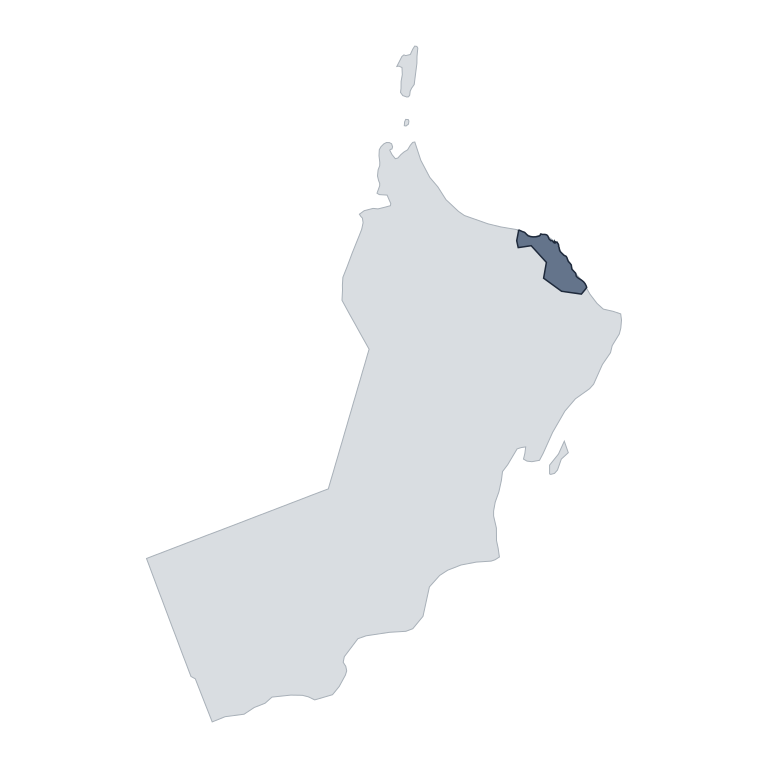 Muscat on a map of Oman (Robinson projection)
{"feature_id": "OMN-2426", "entity_name": "Muscat", "entity_type": "Province", "adm_level": 1, "iso_a3": "OMN", "parent_name": "Oman", "parent_adm1": "", "projection": "robinson", "projection_center": [58.687, 23.254], "detail": "fine", "context": "in_parent", "style": "filled", "palette": "slate", "viewbox_px": 768, "rotation_deg": 0, "n_neighbors": 0, "source": "natural_earth", "source_scale": "10m", "svg_char_len": 4060}
<svg xmlns="http://www.w3.org/2000/svg" viewBox="0 0 768 768"><path d="M212.2,721.9L208.6,712.7L205.0,703.6L201.4,694.4L197.8,685.2L195.3,678.8L191.0,676.5L188.4,669.7L185.8,662.8L183.1,655.8L180.5,648.9L177.9,641.9L175.3,635.0L172.6,628.0L170.0,621.1L167.4,614.1L164.8,607.2L162.2,600.2L159.5,593.2L156.9,586.3L154.3,579.3L151.7,572.4L149.1,565.4L146.5,558.5L155.0,555.2L165.5,551.2L175.9,547.2L186.3,543.2L196.8,539.2L207.2,535.2L217.6,531.3L228.1,527.3L238.5,523.3L248.9,519.3L259.3,515.3L269.8,511.3L280.2,507.3L290.6,503.3L301.0,499.3L311.4,495.3L321.9,491.3L328.3,488.9L331.0,479.6L333.3,471.9L335.5,464.2L337.8,456.5L340.0,448.8L342.3,441.1L344.5,433.4L346.8,425.6L349.0,417.9L351.3,410.2L353.5,402.5L355.8,394.8L358.0,387.1L360.3,379.4L362.5,371.7L364.8,364.0L367.0,356.3L369.1,349.2L365.3,342.4L360.2,333.3L354.9,323.7L349.9,314.8L346.3,308.2L342.0,300.3L342.5,290.2L342.4,285.1L342.9,277.3L347.2,266.5L352.3,252.8L356.0,243.6L359.2,235.7L361.7,229.3L363.1,222.7L362.4,218.1L360.8,216.4L359.4,214.2L364.2,210.7L373.1,208.4L378.0,208.9L384.9,207.2L390.4,205.7L390.8,203.6L389.3,200.2L387.1,195.1L379.3,194.6L377.0,193.2L379.7,185.8L379.7,183.4L378.6,180.6L377.5,176.0L378.1,169.9L379.7,165.8L379.8,162.5L379.0,155.7L379.3,149.7L381.0,146.7L383.8,143.9L386.5,142.5L389.4,142.6L391.6,143.8L392.6,146.9L391.9,149.1L390.3,149.4L389.8,150.3L392.0,154.6L395.3,158.7L397.9,158.0L400.8,154.7L403.8,152.1L407.6,149.8L410.3,145.3L412.7,142.4L414.8,142.0L420.8,160.3L429.8,177.4L437.8,186.8L446.0,199.7L458.6,211.5L464.4,215.5L487.9,223.8L500.7,226.9L518.4,229.9L530.6,236.3L534.7,236.7L541.1,234.8L545.8,234.9L557.5,243.7L561.0,252.1L565.8,256.5L570.2,263.4L573.0,270.6L582.9,281.7L589.9,294.1L597.0,303.4L603.3,309.1L613.0,311.3L620.7,313.9L621.5,320.1L620.8,328.1L619.3,334.0L612.2,345.6L610.5,352.7L602.4,364.5L593.6,384.2L589.6,388.7L575.4,398.8L564.9,411.1L552.6,432.4L543.1,453.5L539.5,460.3L531.9,461.7L527.0,461.1L523.5,459.1L524.9,453.3L525.7,446.9L521.1,447.6L517.1,448.9L507.7,464.7L502.5,471.6L501.4,480.4L498.9,491.8L495.2,502.2L493.6,511.0L493.6,516.0L496.4,528.1L496.5,540.6L498.1,548.0L499.4,557.0L495.0,559.8L491.2,561.1L476.2,562.1L461.0,565.0L447.7,570.2L439.7,575.4L429.4,586.9L423.0,616.3L412.8,628.7L405.9,631.3L389.4,632.3L366.1,635.8L357.9,638.7L344.3,656.7L343.2,662.3L345.8,666.4L346.7,670.9L345.4,675.1L339.2,686.5L332.5,694.7L314.7,699.9L308.3,696.8L302.3,695.3L290.8,695.1L272.0,697.1L265.1,703.2L254.2,707.5L244.1,714.2L225.1,716.7L212.2,721.9ZM409.7,95.2L408.5,96.8L406.8,97.0L402.8,95.6L400.5,92.4L401.0,88.6L401.1,81.4L402.3,74.7L402.0,67.6L399.0,66.1L396.8,66.5L401.9,56.5L403.9,54.9L405.7,55.6L410.3,54.5L412.8,49.1L414.7,46.1L416.8,46.4L417.8,48.1L417.0,56.4L416.9,63.3L414.2,84.5L411.6,88.2L410.2,91.1L409.7,95.2ZM554.5,473.4L550.7,474.4L549.6,473.9L549.6,465.1L558.5,454.0L564.3,441.2L568.3,452.7L561.3,459.1L557.5,470.0L554.5,473.4ZM408.5,124.1L406.0,126.0L404.3,125.7L404.6,121.9L405.7,119.4L408.3,119.6L408.9,121.1L408.5,124.1Z" fill="#d9dde1" stroke="#a8b0b8" stroke-width="1"/><path d="M519.1,230.1L522.7,231.7L523.8,232.0L524.8,232.5L527.0,234.8L528.1,235.8L530.2,236.5L533.0,236.9L535.9,236.8L538.3,236.3L539.6,235.8L540.2,235.3L540.6,234.0L541.1,234.0L542.3,234.4L544.8,234.4L546.2,234.7L547.4,235.4L547.9,236.2L549.1,239.0L549.7,239.6L550.0,239.7L550.2,240.0L550.5,240.4L550.7,240.6L550.8,240.5L551.2,240.5L551.6,240.5L552.0,240.6L552.8,241.4L553.3,241.9L553.6,242.5L554.0,242.5L554.4,241.5L554.5,241.9L554.6,242.1L554.8,242.4L554.8,243.0L555.2,243.0L555.3,242.7L555.6,242.0L555.9,242.3L556.1,242.4L556.9,242.0L558.3,244.1L558.7,245.2L558.5,246.3L559.0,247.2L559.6,250.4L560.4,251.8L563.9,255.3L566.1,256.3L566.9,257.6L567.9,260.6L568.5,261.7L570.3,263.6L571.3,265.0L571.8,269.1L575.6,273.2L575.8,273.8L576.2,275.9L576.4,276.4L576.7,276.7L578.4,278.2L581.6,280.2L583.6,281.8L585.1,283.7L586.2,285.9L586.7,287.4L585.3,289.4L581.4,294.1L561.6,291.3L543.6,278.2L546.4,262.4L531.2,245.7L518.3,247.6L518.2,247.6L516.7,240.7L518.6,230.8L518.5,230.7L519.1,230.1Z" fill="#64748b" stroke="#1e293b" stroke-width="1.5"/></svg>